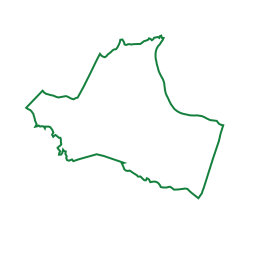 São João Batista, Maranhão, Brazil (Equal Earth projection), rotated 344°
{"feature_id": "56859067B29917550346546", "entity_name": "São João Batista", "entity_type": "district", "adm_level": 2, "iso_a3": "BRA", "parent_name": "Brazil", "parent_adm1": "Maranhão", "projection": "equal_earth", "projection_center": [-44.778, -3.014], "detail": "fine", "context": "isolated", "style": "outline", "palette": "green", "viewbox_px": 256, "rotation_deg": 344, "n_neighbors": 0, "source": "geoboundaries", "source_scale": "gbopen_adm2", "svg_char_len": 2629}
<svg xmlns="http://www.w3.org/2000/svg" viewBox="0 0 256 256"><g transform="rotate(344 128 128)"><path d="M220.3,151.6L218.8,150.9L216.8,149.3L215.2,145.6L212.4,144.4L209.1,143.0L205.9,140.2L204.5,138.7L202.4,137.0L200.7,136.2L197.9,134.9L195.4,134.3L193.2,133.6L191.3,133.0L189.5,132.0L187.6,131.0L186.1,130.2L183.8,128.9L181.8,127.3L180.0,125.5L178.5,123.5L177.6,122.0L176.7,119.4L175.8,116.9L175.4,114.9L175.0,112.4L174.6,109.8L174.2,107.8L173.9,105.9L173.9,103.2L174.2,100.7L174.5,98.9L174.8,96.8L175.2,94.5L175.0,90.9L174.0,86.7L173.5,83.9L173.2,81.4L173.3,78.6L173.3,74.4L173.6,71.9L173.8,68.5L174.8,64.6L176.0,61.8L177.2,60.0L178.2,58.8L179.9,57.3L181.6,56.4L183.5,54.6L185.3,53.3L187.0,51.3L185.3,50.6L185.4,48.4L183.8,48.6L182.9,50.0L181.8,48.8L179.8,48.6L178.1,48.4L176.6,49.7L175.1,50.2L174.2,48.6L172.9,47.6L171.7,48.7L170.2,48.9L167.2,49.0L164.8,50.0L162.9,50.6L160.7,50.0L156.4,48.9L154.2,48.7L152.6,47.8L151.0,47.5L149.1,47.7L147.7,46.7L147.8,44.4L147.0,41.4L144.9,41.1L143.8,43.3L142.3,45.2L140.2,47.5L138.3,48.9L136.2,48.7L134.6,49.1L132.9,50.1L130.4,51.2L128.8,51.7L127.5,52.8L125.3,53.6L123.6,52.5L122.4,51.2L121.5,49.0L116.1,54.7L107.6,64.2L96.7,76.1L88.0,84.9L86.1,84.8L83.6,85.4L81.3,83.9L79.1,81.7L77.5,80.4L76.0,80.1L73.8,79.9L69.6,79.5L67.2,78.0L65.1,76.2L63.5,75.5L62.0,74.6L60.5,73.6L58.7,72.6L57.2,70.9L56.2,68.6L35.7,80.5L36.7,81.8L38.1,83.1L39.2,84.1L40.0,85.8L40.9,88.4L40.8,90.6L40.9,92.5L40.7,95.2L41.2,99.2L39.3,101.2L41.4,101.3L42.8,101.0L43.9,102.4L45.8,102.5L47.5,103.5L48.0,105.4L48.9,103.8L50.4,104.3L52.0,104.7L53.6,105.9L54.7,109.1L55.0,111.8L53.2,113.5L53.7,115.8L55.1,115.1L56.4,114.7L57.9,116.8L58.9,118.4L60.3,118.8L60.3,120.7L59.7,122.5L59.3,125.4L57.7,126.4L56.4,126.8L54.8,127.7L55.4,129.5L56.4,131.7L55.1,133.0L54.3,134.6L56.4,135.1L58.1,133.7L59.6,130.9L60.3,132.6L61.7,133.4L60.7,135.6L61.3,138.4L60.3,139.8L60.6,142.0L62.1,143.1L63.9,143.0L65.5,142.8L66.3,144.8L72.4,144.5L88.3,144.6L90.6,144.6L97.1,148.3L114.5,160.4L112.3,160.4L112.8,163.2L113.1,166.7L114.1,168.2L116.2,169.4L117.7,169.3L118.8,170.4L119.9,171.8L121.9,174.1L123.4,175.7L124.3,177.5L126.7,178.1L128.1,180.8L129.3,182.7L130.8,183.2L132.3,181.5L134.0,183.2L134.5,186.2L136.6,186.4L138.4,186.7L140.0,187.4L141.7,188.9L142.9,191.5L143.2,193.7L145.1,194.8L146.6,195.2L148.3,195.8L150.6,195.9L152.1,196.0L153.7,197.7L155.2,199.9L157.6,200.5L159.7,201.0L161.3,201.2L163.5,201.6L165.5,201.8L167.1,202.3L168.4,203.0L169.7,205.5L171.3,208.0L176.3,214.9L181.0,211.1L182.3,209.1L184.2,206.6L186.2,203.6L201.0,181.2L206.2,173.7L211.9,165.4L215.4,159.0L220.3,151.6Z" fill="none" stroke="#15803d" stroke-width="2"/></g></svg>